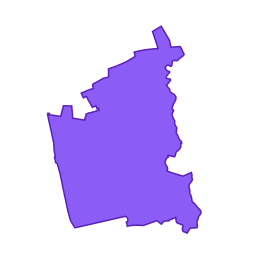 outline of Balotesti, Ilfov, Romania, rotated 96°
{"feature_id": "2599482B37621113883018", "entity_name": "Balotesti", "entity_type": "district", "adm_level": 2, "iso_a3": "ROU", "parent_name": "Romania", "parent_adm1": "Ilfov", "projection": "albers", "projection_center": [26.074, 44.622], "detail": "fine", "context": "isolated", "style": "filled", "palette": "violet", "viewbox_px": 256, "rotation_deg": 96, "n_neighbors": 0, "source": "geoboundaries", "source_scale": "gbopen_adm2", "svg_char_len": 5450}
<svg xmlns="http://www.w3.org/2000/svg" viewBox="0 0 256 256"><g transform="rotate(96 128 128)"><path d="M232.7,170.5L232.6,170.0L231.5,166.5L216.1,121.4L216.7,120.1L217.4,119.2L218.8,118.6L219.5,118.5L220.2,118.6L221.3,119.0L221.6,119.4L221.7,119.8L222.1,119.7L222.3,119.5L225.8,118.4L225.0,116.2L223.6,109.2L223.8,109.2L223.3,102.4L217.1,89.5L220.1,84.9L219.9,84.5L219.6,84.2L219.0,84.0L217.2,82.8L216.7,81.1L216.4,79.9L216.4,79.2L216.2,78.5L216.0,77.7L215.5,77.9L215.2,77.2L214.9,76.6L213.2,73.4L212.2,71.4L211.9,71.1L212.0,71.0L212.0,70.9L212.6,71.0L213.4,70.8L214.3,70.7L216.0,70.2L216.9,69.8L217.2,69.3L217.3,68.7L217.5,68.3L217.7,68.2L217.6,67.9L217.8,66.8L218.1,65.8L218.4,65.6L218.5,65.4L218.5,65.2L218.4,65.1L218.4,64.9L218.6,64.2L219.0,63.4L219.7,63.0L220.1,63.0L220.9,63.1L221.1,63.4L221.8,63.4L222.1,63.3L222.6,63.4L223.7,63.1L224.1,62.6L224.3,62.5L224.7,62.7L225.1,62.1L225.6,61.3L225.5,60.7L226.0,59.2L226.0,58.8L226.1,58.4L226.3,58.3L225.9,58.0L221.5,55.9L221.2,55.5L221.0,54.7L220.9,54.2L220.7,54.0L220.7,53.9L220.7,52.8L220.5,52.0L220.5,51.4L220.1,50.0L220.1,49.6L220.0,49.0L219.7,48.8L219.0,48.8L218.8,48.8L218.5,48.7L218.1,48.7L214.9,49.5L214.0,49.7L213.5,49.6L211.6,48.9L210.9,48.8L210.6,48.8L209.3,48.6L208.1,48.2L206.9,47.4L206.3,47.0L205.4,46.7L204.4,46.6L203.8,46.6L202.9,47.2L202.1,47.6L201.2,48.5L200.5,49.5L198.6,51.8L197.5,52.6L196.6,53.5L195.7,54.7L195.3,55.3L194.7,56.0L194.2,56.4L193.5,56.8L193.2,56.9L192.3,57.1L191.5,57.3L189.3,58.0L187.9,58.7L186.5,59.9L184.9,59.8L184.2,59.9L182.5,60.3L181.8,60.6L181.1,60.9L180.4,61.1L179.7,61.2L178.8,61.3L178.0,61.2L177.1,60.8L176.0,60.1L175.0,59.6L173.4,58.7L172.7,58.7L171.4,58.9L170.1,59.4L168.7,59.5L168.2,59.4L167.2,59.7L165.6,60.3L169.7,67.5L170.1,68.3L168.5,76.8L168.3,77.6L168.1,79.2L167.3,82.3L167.1,83.2L166.9,83.4L166.8,84.3L166.7,84.4L166.5,85.1L165.8,84.8L165.0,84.4L164.2,84.4L162.8,84.9L162.5,85.0L160.4,86.7L160.1,86.9L159.3,87.2L158.0,87.5L157.3,87.4L155.5,87.0L154.0,86.3L153.0,85.6L152.7,84.8L151.2,85.6L151.0,85.1L151.1,84.5L151.0,83.7L151.3,82.8L151.7,80.9L151.6,80.6L151.6,80.1L151.8,79.2L151.8,78.9L151.6,78.6L151.0,78.3L149.7,78.1L149.0,78.0L148.6,77.8L147.8,77.8L147.6,77.8L146.6,77.4L146.1,77.1L145.9,76.8L145.4,75.9L145.2,75.8L144.7,75.3L142.0,73.7L141.5,73.7L140.1,73.6L138.0,73.9L137.8,73.0L137.1,73.1L136.2,73.3L135.9,73.5L134.7,74.9L134.0,75.6L133.8,75.7L133.6,75.9L132.9,76.4L130.1,77.8L129.7,78.1L129.3,78.5L128.8,79.0L128.0,79.4L127.7,79.6L127.4,79.6L126.1,79.4L125.6,79.4L124.3,79.7L124.2,79.8L123.2,79.6L123.0,79.4L122.2,79.9L122.0,80.0L121.6,80.4L120.8,80.9L120.2,81.4L119.6,81.7L119.1,81.9L118.3,82.1L117.3,82.1L116.3,82.3L115.9,82.4L115.1,82.9L115.0,83.1L114.2,83.7L112.8,84.4L110.8,85.3L109.8,85.6L109.3,85.7L108.7,85.5L107.9,85.2L107.3,84.9L106.5,84.6L106.1,84.5L105.6,84.6L105.2,84.9L104.8,85.7L104.6,86.2L104.3,86.3L103.2,86.2L101.9,85.9L100.8,85.5L100.0,85.4L98.8,85.0L98.4,84.8L96.3,84.1L95.7,83.7L95.3,83.6L95.1,83.5L94.6,83.4L94.3,83.5L94.0,83.5L93.9,83.7L93.1,83.5L92.4,83.5L91.8,83.7L90.8,84.5L89.9,85.5L89.4,86.4L88.4,88.7L88.0,89.3L87.3,89.9L86.5,90.2L85.5,90.5L84.8,90.9L82.6,93.3L81.4,94.1L81.2,93.9L81.0,93.6L80.9,93.6L80.3,93.4L79.1,92.5L77.6,91.6L77.0,91.2L76.3,90.8L75.9,90.7L75.6,90.7L75.3,90.8L74.9,91.4L74.9,92.3L74.9,93.4L74.7,94.5L74.2,95.1L73.9,95.3L73.5,95.4L73.4,95.4L71.7,94.7L69.6,93.3L68.3,92.4L67.9,92.4L67.6,92.6L67.4,93.0L67.3,93.5L67.2,94.2L66.8,95.0L66.7,95.5L66.5,95.8L66.4,95.9L65.9,96.3L65.4,96.5L64.9,96.7L63.8,97.4L63.7,97.3L62.2,96.4L61.8,96.1L61.5,95.4L61.4,94.8L61.4,93.6L61.7,93.2L62.0,92.9L62.1,92.6L62.2,92.1L62.1,91.5L61.8,91.2L61.5,91.1L60.2,90.9L58.9,90.9L57.7,91.0L57.4,90.9L56.8,90.5L56.6,90.2L56.0,89.3L55.9,89.1L56.0,87.1L55.9,86.4L55.8,86.0L55.7,85.8L54.7,84.9L54.4,84.7L53.8,84.4L53.3,84.0L52.9,83.4L52.7,83.0L52.3,82.6L51.0,81.3L50.6,80.8L50.1,80.4L49.7,80.2L49.4,80.1L48.8,80.0L48.3,80.2L47.8,80.4L45.9,81.9L44.1,82.7L43.5,83.1L42.9,83.6L41.8,84.3L41.5,84.6L42.7,91.2L42.8,91.2L43.1,92.9L43.3,93.7L36.5,95.9L23.3,105.6L29.4,113.7L45.3,106.6L45.5,106.5L45.6,106.4L45.9,106.4L45.9,107.1L46.6,110.8L48.3,118.7L50.1,124.7L51.8,129.7L52.0,129.8L55.8,128.3L56.0,128.3L57.8,130.6L59.6,133.1L60.8,134.6L62.2,136.6L64.0,139.5L66.6,144.3L67.4,145.7L67.7,146.1L71.2,153.6L79.3,152.7L79.5,152.8L81.3,158.3L81.7,158.4L84.3,162.2L85.0,163.0L87.1,166.3L88.1,167.4L88.5,167.5L89.2,167.6L90.0,167.4L92.4,166.6L93.7,170.0L96.2,174.6L96.4,174.5L96.5,174.6L96.5,175.1L98.2,178.2L101.9,176.0L102.6,175.5L101.0,172.7L105.8,169.5L105.9,169.2L111.2,165.6L110.6,164.7L110.2,163.9L109.5,162.7L109.3,162.5L109.3,162.3L111.7,161.0L111.2,160.1L111.3,159.9L111.6,159.8L111.5,159.4L111.5,159.2L113.2,158.7L113.4,158.7L113.1,159.3L113.7,160.8L114.2,160.7L114.7,162.0L115.6,163.8L115.7,164.4L116.0,165.4L116.6,166.5L116.9,167.1L116.9,167.7L117.1,168.5L117.3,168.8L118.0,170.1L118.6,171.1L118.8,171.0L120.0,171.2L120.7,171.3L121.1,171.4L121.1,171.5L122.6,171.7L123.1,171.8L123.1,171.7L124.7,171.8L124.0,184.0L112.3,186.2L111.9,186.3L112.0,186.5L112.6,194.5L123.5,196.2L123.0,207.7L121.7,207.7L121.7,208.4L121.7,209.1L123.1,208.7L123.0,209.4L132.0,206.5L135.6,205.2L150.8,200.3L152.8,200.0L154.6,199.6L157.9,199.2L164.4,197.2L164.6,198.1L165.0,198.0L170.2,196.2L170.3,195.5L170.4,195.1L170.7,194.8L172.7,193.9L179.9,191.0L189.0,188.1L191.6,187.3L217.5,178.9L217.5,178.7L222.2,177.1L223.1,176.8L225.0,175.9L226.0,175.4L226.9,174.8L228.6,173.6L232.7,170.5Z" fill="#8b5cf6" stroke="#5b21b6" stroke-width="1.5"/></g></svg>